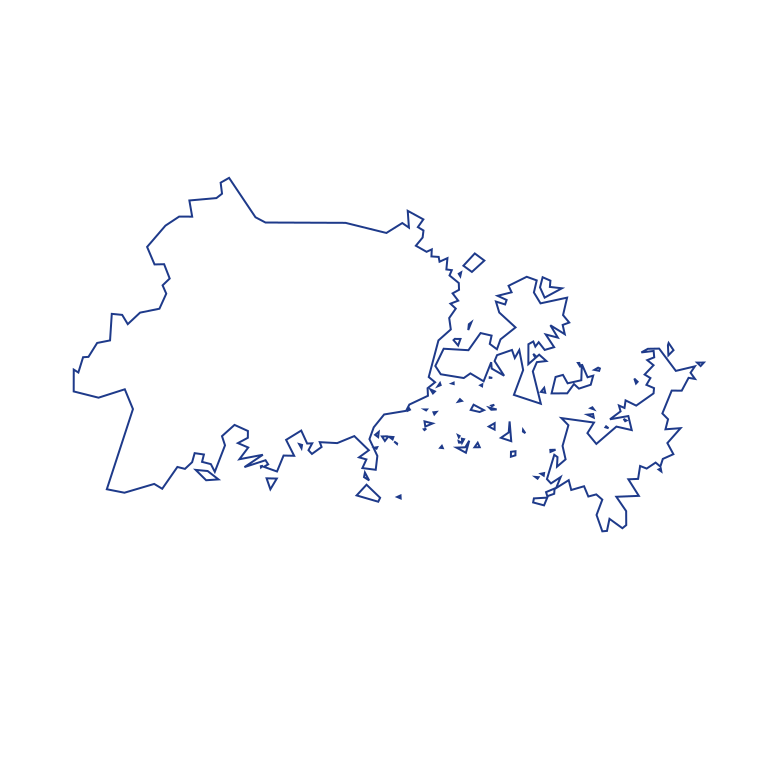 Manggarai Barat, Nusa Tenggara Timur, Indonesia, rotated 195°
{"feature_id": "22746128B27819456459641", "entity_name": "Manggarai Barat", "entity_type": "district", "adm_level": 2, "iso_a3": "IDN", "parent_name": "Indonesia", "parent_adm1": "Nusa Tenggara Timur", "projection": "albers", "projection_center": [119.785, -8.574], "detail": "fine", "context": "isolated", "style": "outline", "palette": "blue", "viewbox_px": 768, "rotation_deg": 195, "n_neighbors": 0, "source": "geoboundaries", "source_scale": "gbopen_adm2", "svg_char_len": 6209}
<svg xmlns="http://www.w3.org/2000/svg" viewBox="0 0 768 768"><g transform="rotate(195 384 384)"><path d="M624.5,210.6L606.6,211.8L580.1,228.0L571.1,225.4L562.1,250.4L554.3,250.5L549.1,258.8L549.0,268.2L539.7,269.3L539.6,261.7L530.5,261.8L524.7,255.4L521.7,283.6L527.0,291.7L517.8,305.8L503.3,303.4L501.6,296.8L509.8,289.1L498.7,287.5L504.2,273.9L482.7,284.3L497.3,267.6L478.7,279.7L475.1,276.4L478.6,272.9L464.7,271.8L462.5,288.9L452.2,291.4L464.1,304.7L451.9,317.6L442.8,306.6L438.0,308.1L439.8,300.5L435.5,297.8L428.0,307.0L431.0,311.2L413.9,314.8L399.2,326.0L381.5,316.1L389.1,306.7L381.5,306.6L383.1,297.2L369.8,299.0L371.8,312.8L383.8,327.0L382.7,339.5L376.0,354.6L355.7,363.8L354.2,370.7L338.5,384.0L340.8,391.2L335.1,398.9L342.6,402.3L342.7,440.2L333.6,454.0L338.1,464.6L334.2,475.4L340.6,478.8L333.9,483.7L341.2,489.3L335.9,494.4L337.9,500.9L348.8,505.8L348.0,511.5L353.4,510.8L355.3,522.0L362.0,516.5L364.1,520.9L371.2,519.5L372.7,526.4L377.1,522.7L389.0,525.8L384.6,535.5L385.6,542.5L391.9,544.3L388.6,553.2L405.9,557.4L400.4,541.5L408.0,544.2L420.8,530.5L462.9,529.7L540.3,509.3L551.3,511.8L587.0,543.0L593.9,536.2L589.7,525.9L594.0,520.2L619.5,510.9L612.6,496.0L625.2,492.7L636.1,480.4L648.3,455.1L636.6,440.1L627.4,442.8L618.3,430.4L623.4,422.0L617.7,414.9L620.4,398.6L638.1,389.8L647.0,375.5L654.8,383.0L665.1,381.3L659.9,355.2L671.7,349.4L676.5,333.7L681.6,332.0L682.2,316.0L687.4,317.6L681.8,296.5L656.2,296.9L633.0,311.8L620.0,294.8L624.5,210.6ZM135.0,298.2L130.6,299.8L131.3,312.1L116.4,306.4L113.5,310.4L117.2,323.9L130.4,335.2L108.9,341.9L123.3,355.2L114.0,358.1L115.4,371.1L108.4,370.3L101.3,378.4L95.7,375.8L95.3,383.8L86.3,391.1L95.0,400.3L86.1,418.1L100.4,413.1L100.5,423.5L107.5,427.6L104.4,452.1L94.7,454.6L91.4,468.8L84.9,469.4L90.8,474.2L88.3,481.5L105.5,472.2L127.4,489.4L138.2,486.3L143.6,481.1L132.1,485.7L129.9,479.7L135.9,475.2L128.5,471.9L134.7,460.6L128.2,458.7L130.3,451.1L122.1,449.9L121.2,444.7L134.8,428.4L146.4,430.7L145.5,423.1L151.5,424.0L148.4,418.8L156.6,408.4L139.7,416.3L132.8,403.6L148.5,403.0L163.4,381.1L174.8,389.2L171.2,401.1L203.8,397.0L195.2,391.9L195.5,370.4L189.1,358.2L195.5,348.9L197.5,358.3L201.2,359.7L202.0,334.3L197.0,331.2L189.3,339.8L190.8,328.0L180.7,338.9L175.7,330.1L164.3,337.0L157.5,328.2L150.4,332.3L143.2,328.8L144.8,312.5L135.0,298.2ZM255.7,407.1L227.4,405.5L243.5,434.7L242.0,444.7L233.1,448.2L241.7,452.5L249.7,440.5L254.8,459.8L250.8,463.7L247.5,459.3L245.4,464.4L237.6,458.5L229.2,463.6L240.6,473.7L228.1,473.8L238.5,483.8L222.3,478.9L226.7,487.3L221.0,491.3L228.9,496.9L229.5,514.8L253.7,502.4L262.9,511.2L263.3,523.6L273.9,524.5L289.1,511.1L284.5,505.6L297.1,498.6L287.3,496.9L287.6,492.2L297.2,492.6L291.2,482.9L271.6,472.7L283.0,457.3L283.9,446.8L292.2,450.1L292.6,458.6L303.9,458.2L311.2,438.5L335.5,433.5L339.1,414.7L331.7,408.1L308.5,410.4L303.3,416.6L288.5,412.4L286.1,432.8L284.0,426.8L270.1,423.1L283.1,434.8L282.3,441.1L269.2,450.0L264.4,443.0L262.1,451.8L253.2,433.5L255.7,407.1ZM219.7,418.3L204.6,422.4L200.5,433.1L194.5,430.0L184.1,436.8L184.1,446.2L189.1,443.2L198.0,454.3L194.4,438.7L206.8,432.2L213.5,439.1L220.1,435.2L219.7,418.3ZM328.1,515.0L319.0,529.2L330.1,533.6L337.9,518.8L328.1,515.0ZM251.2,509.0L236.9,522.5L248.9,520.7L250.0,526.9L258.4,528.2L258.3,517.7L251.2,509.0ZM381.6,269.3L359.1,268.8L358.3,273.1L374.8,282.2L381.6,269.3ZM530.9,245.0L519.2,249.0L531.8,254.3L543.7,252.3L530.9,245.0ZM297.5,341.3L287.1,338.8L287.0,351.3L289.1,343.9L297.5,341.3ZM257.1,362.3L246.3,361.7L253.0,380.4L251.0,369.5L257.1,362.3ZM473.0,262.5L466.5,252.9L463.1,264.9L473.0,262.5ZM293.5,381.4L284.4,381.7L280.7,384.6L292.1,387.2L293.5,381.4ZM209.3,308.2L198.0,308.2L196.9,316.5L209.6,312.3L209.3,308.2ZM197.2,317.9L191.2,322.0L192.2,327.2L199.5,321.5L197.2,317.9ZM116.7,485.3L113.1,491.6L119.7,497.3L119.8,495.0L116.7,485.3ZM333.1,353.6L326.8,358.5L335.2,358.4L333.1,353.6ZM271.8,370.0L265.4,368.6L267.0,374.8L271.8,370.0ZM179.7,407.0L172.7,405.8L174.3,409.1L179.7,407.0ZM322.4,440.4L321.8,447.3L327.3,445.9L328.2,444.4L322.4,440.4ZM205.6,361.5L201.3,364.9L206.3,363.4L205.6,361.5ZM230.4,417.0L226.0,417.3L228.3,421.8L230.4,417.0ZM375.9,331.2L376.7,336.4L379.4,332.6L375.9,331.2ZM278.3,351.5L280.2,346.3L275.2,347.7L278.3,351.5ZM242.6,346.6L238.6,349.1L239.6,353.1L243.8,351.4L242.6,346.6ZM273.7,386.9L268.6,388.6L276.3,388.4L273.7,386.9ZM87.1,485.7L82.8,483.3L80.6,487.5L87.1,485.7ZM337.7,390.8L334.3,387.6L332.9,390.0L337.7,390.8ZM379.2,288.9L373.4,287.0L379.5,293.5L379.2,288.9ZM372.4,332.8L368.4,329.2L366.5,333.7L367.4,334.3L372.4,332.8ZM339.2,280.6L342.0,278.3L338.3,277.8L339.2,280.6ZM307.9,386.0L304.4,387.8L306.7,389.0L307.9,386.0ZM202.1,454.5L198.4,451.0L200.8,454.9L202.1,454.5ZM330.2,399.4L331.5,395.7L329.0,397.6L330.2,399.4ZM143.6,454.0L140.7,449.7L139.6,451.8L143.6,454.0ZM315.6,466.2L317.5,463.7L316.6,457.9L315.6,466.2ZM184.5,452.1L179.6,452.4L179.5,454.9L181.4,455.2L184.5,452.1ZM209.3,337.9L206.0,336.8L206.3,339.4L209.3,337.9ZM450.4,304.0L447.1,300.6L447.4,303.9L450.4,304.0ZM294.6,351.3L293.3,347.9L292.4,351.4L294.6,351.3ZM313.2,336.9L310.6,337.3L312.1,339.2L313.2,336.9ZM210.6,334.0L213.9,333.4L211.2,332.3L210.6,334.0ZM365.6,334.4L361.4,332.7L361.2,335.2L365.6,334.4ZM340.3,509.8L338.2,507.8L338.4,511.8L340.3,509.8ZM326.1,370.6L328.9,369.5L327.5,367.7L326.1,370.6ZM374.2,321.2L376.7,320.1L374.5,319.6L374.2,321.2ZM143.5,412.3L141.4,410.5L140.3,411.5L143.5,412.3ZM272.1,392.5L274.8,390.9L274.0,390.5L272.1,392.5ZM331.6,351.7L333.8,350.6L333.0,350.0L331.6,351.7ZM247.6,451.8L245.9,449.9L245.4,450.6L247.6,451.8ZM359.3,331.1L355.9,329.4L355.9,329.9L359.3,331.1ZM296.4,346.8L293.7,347.5L297.1,348.1L296.4,346.8ZM317.1,403.3L318.7,402.0L316.7,402.0L317.1,403.3ZM289.0,409.1L290.6,407.7L288.7,407.2L289.0,409.1ZM96.6,372.5L93.5,371.3L94.8,374.0L96.6,372.5ZM297.5,353.3L299.3,353.7L297.9,351.8L297.5,353.3ZM479.8,273.7L481.7,272.7L481.2,271.6L479.8,273.7ZM353.5,367.0L353.6,364.8L352.3,365.9L353.5,367.0ZM158.9,399.5L155.7,399.4L158.5,400.6L158.9,399.5ZM178.2,414.1L174.7,413.8L176.7,415.4L178.2,414.1ZM283.5,417.3L281.0,417.9L283.6,417.8L283.5,417.3ZM237.5,374.0L234.8,373.1L237.8,375.7L237.5,374.0ZM336.0,370.5L338.3,369.9L336.5,369.4L336.0,370.5Z" fill="none" stroke="#1e3a8a" stroke-width="2"/></g></svg>